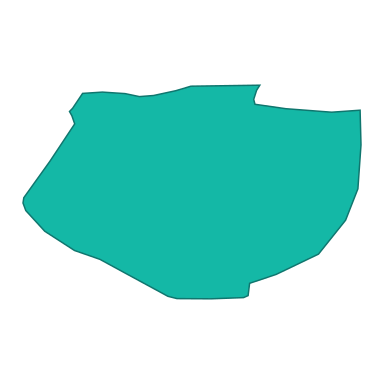 eSwatini, Equal Earth projection, rotated 270°
{"feature_id": "SWZ", "entity_name": "eSwatini", "entity_type": "country or territory", "adm_level": 0, "iso_a3": "SWZ", "parent_name": "Africa", "parent_adm1": "", "projection": "equal_earth", "projection_center": [31.569, -26.526], "detail": "fine", "context": "isolated", "style": "filled", "palette": "teal", "viewbox_px": 384, "rotation_deg": 270, "n_neighbors": 0, "source": "natural_earth", "source_scale": "50m", "svg_char_len": 609}
<svg xmlns="http://www.w3.org/2000/svg" viewBox="0 0 384 384"><g transform="rotate(270 192 192)"><path d="M272.5,69.5L275.7,72.6L290.6,82.6L291.9,102.4L290.4,125.1L287.4,139.4L288.5,153.6L293.3,175.8L297.8,190.9L298.8,259.8L293.7,256.6L284.6,253.7L279.7,255.0L275.3,285.8L271.8,331.7L273.8,360.1L239.1,361.0L195.2,357.9L163.8,345.6L129.9,318.5L109.6,276.2L100.7,249.6L88.4,248.1L86.4,243.6L85.2,211.1L85.4,177.0L87.7,167.9L110.5,125.9L124.7,99.8L133.5,74.5L152.7,44.8L173.4,25.8L181.0,23.0L186.3,23.8L222.7,49.9L260.1,74.7L268.2,71.9L272.5,69.5Z" fill="#14b8a6" stroke="#0f766e" stroke-width="1.5"/></g></svg>